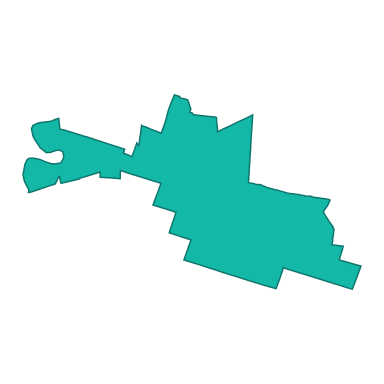 the district of Marsani, Dolj, Romania
{"feature_id": "2599482B14881654766127", "entity_name": "Marsani", "entity_type": "district", "adm_level": 2, "iso_a3": "ROU", "parent_name": "Romania", "parent_adm1": "Dolj", "projection": "natural_earth1", "projection_center": [23.99, 44.03], "detail": "fine", "context": "isolated", "style": "filled", "palette": "teal", "viewbox_px": 384, "rotation_deg": 0, "n_neighbors": 0, "source": "geoboundaries", "source_scale": "gbopen_adm2", "svg_char_len": 5964}
<svg xmlns="http://www.w3.org/2000/svg" viewBox="0 0 384 384"><path d="M352.3,289.2L352.4,288.9L356.3,278.7L357.2,276.4L359.9,269.0L361.0,266.1L355.9,264.7L339.2,259.9L339.2,259.7L340.2,256.5L340.9,254.3L341.4,252.7L342.2,250.3L343.2,246.2L331.8,244.7L332.0,244.4L332.0,244.1L332.0,243.9L332.4,242.1L332.8,240.3L332.8,239.9L332.8,239.7L332.7,239.6L332.8,239.5L332.7,238.6L332.2,238.4L332.3,238.2L332.6,237.7L332.8,237.4L332.9,237.2L333.0,237.0L333.1,236.8L333.2,235.8L333.3,235.1L333.4,233.7L333.7,232.1L333.8,230.8L334.0,229.9L333.9,229.7L333.9,229.4L333.8,228.9L333.2,228.0L333.1,227.7L333.2,227.4L333.1,227.0L332.9,226.8L332.8,226.4L329.3,221.7L327.6,219.1L327.3,218.4L326.9,217.9L325.8,216.3L325.1,215.1L324.5,214.2L324.1,213.3L323.6,212.2L323.4,211.8L323.4,211.5L323.4,211.4L323.5,211.2L324.5,209.8L325.9,208.0L327.3,205.9L327.8,205.1L328.8,202.9L329.4,201.6L330.0,200.2L330.0,199.9L329.9,199.8L329.2,199.7L328.6,199.5L327.0,199.2L326.6,199.1L326.0,198.9L325.7,198.9L325.4,198.8L324.2,198.6L323.6,198.6L321.3,198.3L318.0,197.8L315.2,197.4L314.3,197.4L313.7,197.3L313.2,197.2L312.1,196.8L311.2,196.4L310.5,196.2L310.0,196.1L309.2,196.2L308.5,196.3L307.2,196.2L305.4,195.9L300.8,195.0L297.8,194.3L297.0,194.4L296.0,194.3L293.9,193.9L292.6,193.7L291.5,193.7L288.6,193.3L287.6,193.2L287.1,193.1L286.5,192.8L286.0,192.8L285.4,192.5L281.8,191.4L280.5,191.1L279.6,190.8L278.8,190.5L278.3,190.3L277.8,190.2L277.4,190.1L276.7,190.0L276.2,189.9L275.3,189.7L274.3,189.4L272.9,189.1L272.1,188.9L271.6,188.8L271.1,188.6L270.6,188.4L269.8,188.3L268.9,188.0L267.5,187.7L266.9,187.5L266.5,187.3L265.9,187.0L265.3,186.7L264.8,186.4L264.5,186.3L264.0,186.2L263.4,186.0L261.5,185.1L260.7,184.8L260.4,184.7L260.1,184.6L259.7,184.6L258.2,184.6L257.5,184.5L257.1,184.5L256.7,184.5L256.2,184.4L255.4,184.2L254.5,183.9L253.7,183.6L252.7,183.4L252.0,183.3L251.2,183.2L250.1,183.0L249.0,182.7L248.6,182.6L248.5,182.3L248.4,181.8L248.5,181.4L248.6,180.7L248.7,180.1L248.7,179.4L248.8,175.9L248.9,175.1L249.1,174.0L249.2,172.3L249.2,170.9L249.3,168.6L249.5,165.4L249.6,164.5L249.6,163.9L249.6,163.7L249.6,163.2L249.7,162.1L249.8,161.3L249.8,160.7L249.9,160.1L249.9,158.7L250.5,150.4L250.5,149.9L250.6,149.3L250.7,148.3L250.7,147.5L250.7,146.6L250.7,145.9L250.7,145.3L250.8,144.7L250.8,144.0L251.0,142.4L251.0,140.8L251.1,139.7L251.1,139.4L251.1,139.2L251.1,138.4L251.2,138.2L251.2,137.5L251.3,135.8L251.5,132.7L251.5,131.8L251.6,131.1L251.7,129.8L251.8,128.5L251.9,127.4L252.7,114.9L251.5,115.5L247.0,117.8L237.9,122.0L234.3,123.8L229.0,126.3L226.8,127.4L225.4,127.9L224.4,128.5L223.0,129.1L221.0,130.1L220.1,130.6L219.6,130.8L218.7,131.2L217.6,131.7L217.5,130.3L217.5,129.6L217.4,127.8L217.2,126.7L217.1,126.1L217.2,125.6L217.1,125.2L216.7,122.7L216.7,121.6L216.5,118.3L216.4,117.6L216.3,117.4L215.9,117.2L215.3,117.0L211.5,116.7L206.2,116.2L200.6,115.5L199.5,115.4L198.1,115.3L196.8,115.1L195.9,114.9L194.1,114.8L193.6,114.7L193.3,114.6L193.0,114.4L192.8,114.0L192.6,113.4L192.2,113.0L191.6,112.7L190.8,112.6L189.6,112.4L189.8,111.8L190.3,110.5L190.6,109.8L190.8,109.3L190.8,108.8L190.6,108.3L189.7,105.8L189.0,103.6L188.0,100.5L187.9,100.3L187.6,100.0L185.5,99.1L184.9,98.9L183.7,98.7L179.9,97.9L179.6,97.8L179.5,97.7L179.3,97.5L179.3,97.3L179.4,97.0L179.6,96.5L179.0,96.3L176.1,95.4L174.4,94.8L174.0,95.8L173.3,97.6L171.5,102.0L170.4,104.7L169.6,106.6L169.2,108.1L168.7,109.3L168.0,111.5L167.3,114.3L166.5,117.5L165.9,119.6L165.0,122.8L161.3,133.1L160.0,132.7L158.4,132.1L157.5,131.7L156.7,131.3L156.2,131.1L155.4,131.0L153.9,130.4L151.8,129.6L148.3,128.1L145.8,127.0L143.4,126.2L142.8,126.1L142.3,125.9L141.7,125.5L141.6,125.4L141.4,126.8L141.3,127.7L141.1,129.1L140.8,131.6L140.7,132.7L140.6,133.1L140.5,133.4L140.6,133.9L140.5,134.3L140.5,135.0L140.3,135.7L140.1,136.0L140.0,136.5L139.7,138.8L139.4,141.5L139.2,143.1L139.1,143.8L138.8,144.7L138.8,145.0L138.7,145.6L136.8,142.9L136.5,143.9L133.8,151.7L132.0,156.4L130.8,156.1L127.0,154.4L123.2,153.1L123.8,151.9L124.1,151.2L124.3,150.5L124.4,150.1L124.6,149.2L122.1,148.4L119.4,147.5L116.5,146.5L112.2,145.2L109.5,144.4L101.0,141.5L95.6,139.8L92.0,138.5L88.5,137.4L84.4,136.3L80.8,135.1L77.1,134.0L68.3,131.3L64.8,130.2L59.7,129.1L59.7,128.2L59.6,126.9L59.3,123.8L58.7,118.3L53.9,120.0L51.4,121.2L47.9,121.7L42.3,122.3L38.3,123.0L33.1,125.3L31.4,128.6L33.0,136.0L34.8,139.6L40.2,147.8L42.9,149.9L46.3,152.7L50.6,152.3L55.3,150.7L57.5,150.1L60.5,150.5L63.0,152.0L63.7,156.7L63.2,158.8L60.8,163.0L55.0,163.9L51.2,163.7L45.3,161.8L40.0,159.5L36.0,158.6L32.3,158.1L29.5,158.3L27.2,159.5L26.2,161.5L25.0,164.1L23.6,171.6L23.0,175.0L23.9,178.6L24.4,181.2L26.4,185.3L28.2,188.3L28.8,191.1L28.4,192.4L30.2,192.3L35.8,190.5L43.0,188.0L50.9,185.3L55.2,184.0L56.6,181.3L57.7,178.9L58.8,176.5L59.5,176.5L59.7,177.9L60.3,180.8L61.0,183.3L67.1,181.9L73.4,180.4L76.4,179.7L79.9,178.8L79.9,178.1L84.4,176.9L100.0,172.1L100.2,174.7L100.2,175.9L100.1,177.3L109.3,177.8L114.8,178.2L118.9,178.6L120.2,178.7L120.2,177.7L120.2,176.7L120.2,175.0L120.3,171.8L120.3,170.5L123.5,171.5L129.3,173.5L132.5,174.5L140.2,176.8L144.6,178.2L151.3,180.3L154.8,181.4L159.5,182.8L161.0,183.3L160.2,185.6L158.6,189.9L157.1,194.0L155.9,197.3L154.4,201.2L153.4,204.0L153.0,205.1L155.8,205.9L166.3,209.1L170.0,210.3L173.9,211.6L176.1,212.3L175.3,214.5L174.6,216.8L173.8,219.1L172.5,222.7L171.9,224.9L170.7,228.0L169.9,230.7L169.2,232.7L169.2,232.8L170.7,233.3L172.7,233.8L173.6,234.2L175.0,234.7L179.4,236.1L180.6,236.7L183.9,237.6L187.0,238.6L191.0,239.9L183.9,260.0L184.5,260.2L193.3,262.9L200.3,265.0L204.3,266.3L208.3,267.7L215.4,269.9L222.1,272.2L236.4,276.6L241.8,278.3L245.7,279.6L259.7,283.9L269.0,286.7L274.0,288.0L275.1,288.4L275.9,288.6L276.1,288.6L279.2,280.1L280.1,277.7L280.8,275.3L282.0,272.1L282.8,269.4L283.0,267.7L284.0,268.0L285.2,268.4L287.3,269.0L290.6,270.1L295.5,271.6L299.0,272.7L305.6,274.7L314.7,277.5L319.4,279.0L328.3,281.8L338.3,284.9L344.4,286.8L349.2,288.3L350.9,288.8L352.3,289.2Z" fill="#14b8a6" stroke="#0f766e" stroke-width="1.5"/></svg>